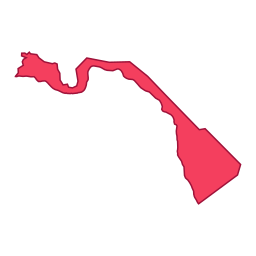 Khazarasp, Khorezm, Uzbekistan (Natural Earth projection)
{"feature_id": "79887680B22974802062613", "entity_name": "Khazarasp", "entity_type": "district", "adm_level": 2, "iso_a3": "UZB", "parent_name": "Uzbekistan", "parent_adm1": "Khorezm", "projection": "natural_earth1", "projection_center": [61.541, 40.963], "detail": "fine", "context": "isolated", "style": "filled", "palette": "rose", "viewbox_px": 256, "rotation_deg": 0, "n_neighbors": 0, "source": "geoboundaries", "source_scale": "gbopen_adm2", "svg_char_len": 1950}
<svg xmlns="http://www.w3.org/2000/svg" viewBox="0 0 256 256"><path d="M205.1,128.7L199.3,129.7L166.0,95.5L147.6,76.3L129.7,61.8L109.2,62.3L86.8,58.0L76.0,69.1L78.0,81.2L76.7,85.9L72.5,87.9L68.6,87.2L67.4,84.2L63.1,84.9L60.1,80.1L59.8,73.2L57.6,69.2L57.1,64.0L54.8,63.0L52.3,63.7L44.2,61.8L38.9,57.8L36.8,54.6L30.5,53.8L29.3,52.2L26.9,54.4L24.8,53.1L21.7,53.2L21.6,55.9L26.2,57.7L23.4,59.4L22.3,61.8L23.3,65.3L18.1,68.6L18.3,72.8L15.4,76.4L15.4,76.5L16.8,76.6L17.8,76.2L18.0,76.1L19.4,76.0L23.0,76.4L26.2,76.1L27.2,76.2L30.9,76.8L34.1,76.7L35.1,77.7L35.9,78.6L36.0,78.9L36.5,79.7L38.4,81.5L40.5,81.5L42.6,81.0L42.9,81.0L44.9,80.9L46.1,81.4L47.1,82.3L48.0,83.2L48.2,83.4L48.4,83.7L51.4,86.9L53.0,88.3L54.0,88.9L55.1,89.5L58.1,90.4L63.1,92.8L65.3,93.3L66.2,93.0L66.9,93.4L70.4,93.6L71.2,93.3L72.3,93.6L77.7,93.0L78.2,92.6L79.0,92.6L81.6,92.1L83.2,91.0L84.3,89.9L85.0,88.7L85.7,87.0L86.3,85.0L86.6,82.2L87.1,81.4L88.1,79.7L88.2,77.9L87.8,73.7L87.9,71.6L89.0,69.3L90.6,67.0L92.1,66.1L93.8,65.9L99.5,66.9L101.4,67.7L104.7,69.6L107.1,70.3L112.9,70.7L117.1,69.0L118.7,69.0L120.5,70.0L121.4,71.0L122.7,73.2L123.6,76.1L124.9,77.3L126.5,78.3L128.6,79.1L132.8,79.5L134.3,80.4L137.9,84.4L139.4,86.2L140.9,87.8L144.5,90.2L145.8,90.9L149.4,92.0L155.6,98.1L159.5,100.3L161.1,103.0L162.3,106.3L162.1,107.9L161.7,109.2L162.1,110.0L162.6,110.9L164.1,111.7L166.0,112.1L169.6,114.0L170.7,114.5L172.1,115.8L173.2,117.4L174.1,119.9L174.0,121.9L174.6,124.1L176.3,124.8L177.0,126.0L176.8,127.4L176.3,131.0L176.5,134.0L176.9,135.6L177.0,136.8L177.1,139.8L177.6,141.3L177.8,147.5L177.6,149.8L177.3,151.1L177.8,154.1L177.6,154.9L178.6,156.8L181.6,161.3L182.5,164.5L184.0,166.8L184.5,175.4L185.5,177.9L187.1,179.4L187.7,179.8L189.4,182.2L189.9,183.0L191.4,185.8L192.4,188.5L192.6,188.9L193.6,191.1L193.8,194.3L194.3,196.3L194.7,197.3L196.7,200.6L197.0,201.4L198.0,203.1L198.6,203.8L237.5,175.0L240.6,164.5L205.1,128.7Z" fill="#f43f5e" stroke="#9f1239" stroke-width="1.5"/></svg>